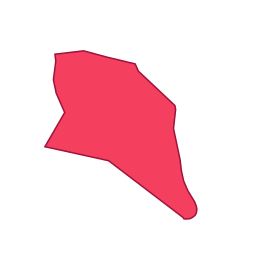 City, Robinson projection, rotated 23°
{"feature_id": "GBR-4809", "entity_name": "City", "entity_type": "City Corporation", "adm_level": 1, "iso_a3": "GBR", "parent_name": "United Kingdom", "parent_adm1": "", "projection": "robinson", "projection_center": [-0.079, 51.517], "detail": "fine", "context": "isolated", "style": "filled", "palette": "rose", "viewbox_px": 256, "rotation_deg": 23, "n_neighbors": 0, "source": "natural_earth", "source_scale": "10m", "svg_char_len": 502}
<svg xmlns="http://www.w3.org/2000/svg" viewBox="0 0 256 256"><g transform="rotate(23 128 128)"><path d="M188.6,137.2L193.6,146.1L199.9,155.0L207.5,162.3L218.3,170.0L221.5,173.4L223.1,175.7L224.1,179.4L223.9,182.1L222.5,184.8L220.7,187.1L217.6,188.8L215.1,189.8L213.4,188.8L122.9,165.7L58.8,177.7L63.7,138.5L48.3,124.0L40.5,112.8L35.4,94.7L31.9,88.6L57.0,74.3L80.9,71.0L109.6,66.2L115.3,71.6L162.4,89.0L164.6,92.3L170.1,110.7L188.6,137.2Z" fill="#f43f5e" stroke="#9f1239" stroke-width="1.5"/></g></svg>